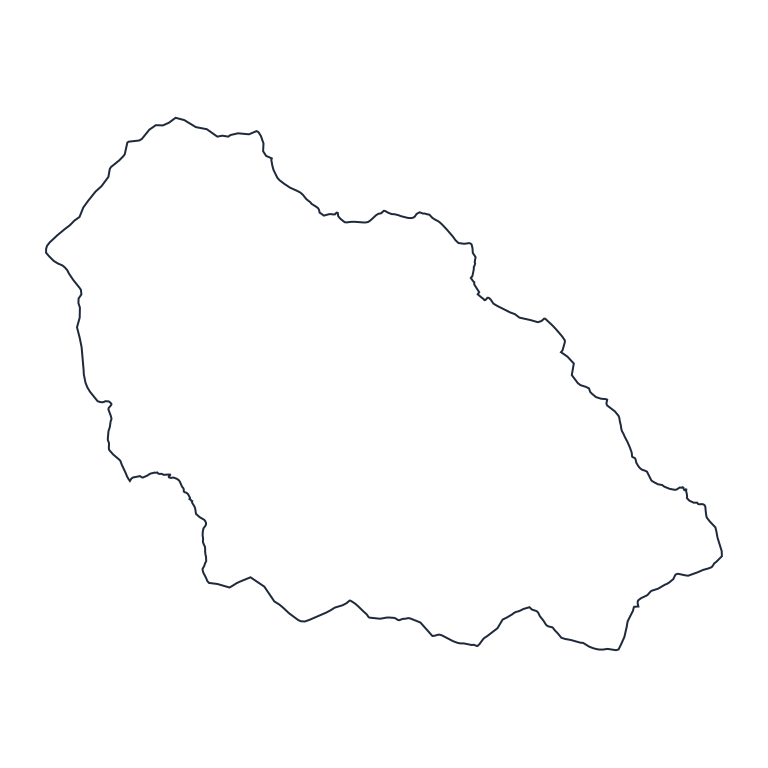 Ciuruleasa, Alba, Romania
{"feature_id": "2599482B18956388215325", "entity_name": "Ciuruleasa", "entity_type": "district", "adm_level": 2, "iso_a3": "ROU", "parent_name": "Romania", "parent_adm1": "Alba", "projection": "albers", "projection_center": [23.018, 46.247], "detail": "fine", "context": "isolated", "style": "outline", "palette": "slate", "viewbox_px": 768, "rotation_deg": 0, "n_neighbors": 0, "source": "geoboundaries", "source_scale": "gbopen_adm2", "svg_char_len": 6079}
<svg xmlns="http://www.w3.org/2000/svg" viewBox="0 0 768 768"><path d="M721.9,556.2L721.7,551.1L717.5,537.6L716.4,531.5L715.4,527.4L709.8,521.5L706.8,517.6L706.3,515.8L705.8,512.0L705.3,506.6L704.5,505.1L703.4,504.4L702.0,504.1L699.1,504.3L698.0,503.9L697.2,502.7L693.7,502.7L689.4,500.7L686.9,498.1L687.1,497.1L686.9,494.5L686.1,490.9L686.3,489.5L685.8,489.3L685.0,490.1L684.4,490.2L683.4,488.4L683.4,487.7L682.6,487.2L681.6,487.7L679.7,487.5L677.0,489.3L676.0,489.7L674.6,489.8L669.5,488.8L664.2,486.6L662.1,485.0L658.1,484.3L653.6,482.0L651.4,480.5L647.0,471.7L645.0,470.7L641.8,469.6L639.7,467.9L637.9,465.5L636.3,462.7L635.6,459.5L635.0,458.2L632.5,457.0L632.1,456.6L631.7,452.6L630.0,447.8L627.5,442.0L624.6,436.5L623.8,434.5L621.9,431.0L621.3,428.8L620.7,424.7L620.0,422.1L619.2,417.5L618.5,415.8L614.9,411.4L607.2,405.5L606.6,404.3L606.4,403.5L607.2,399.7L606.3,399.2L601.0,398.7L596.0,397.1L592.1,393.9L590.2,391.9L589.0,388.4L586.0,386.9L580.4,385.1L577.8,383.1L571.8,375.1L573.8,363.5L567.4,356.6L561.0,352.2L562.5,350.4L564.8,342.4L564.9,340.5L562.3,336.6L555.7,328.9L552.4,325.4L545.3,318.8L544.2,318.6L541.5,321.0L537.9,322.2L530.6,320.1L519.4,317.6L515.0,314.2L509.9,312.3L497.2,305.9L493.7,303.8L492.6,302.5L490.9,299.8L489.4,298.3L488.5,297.8L487.4,297.8L485.8,299.7L484.7,300.2L484.1,299.8L483.5,298.9L481.9,297.8L477.7,294.3L479.2,292.2L474.4,284.7L474.2,283.8L474.3,282.2L473.3,281.4L470.8,278.0L471.6,276.8L472.2,276.6L472.7,274.7L473.8,269.2L473.8,267.0L474.7,265.2L475.1,263.3L474.7,262.0L475.6,257.2L472.8,252.9L472.5,248.2L471.6,244.5L470.7,243.6L469.2,243.1L464.2,243.8L458.4,243.0L455.3,240.0L453.0,236.7L446.9,229.6L442.1,224.5L439.8,222.4L437.9,221.0L435.9,220.1L432.4,217.9L429.3,214.6L428.1,214.5L424.4,213.5L422.8,213.5L419.6,212.3L417.0,213.7L416.1,214.6L414.8,216.6L413.3,217.6L411.7,218.0L410.2,218.1L407.8,217.9L400.7,216.1L398.8,215.3L396.6,214.7L394.2,214.2L391.7,214.1L387.9,212.6L385.2,211.0L383.8,210.8L381.1,213.3L378.3,213.8L376.1,215.2L370.8,220.1L368.3,221.9L366.2,222.4L363.8,222.5L354.9,221.8L351.5,221.8L346.7,222.4L344.7,222.2L340.9,219.2L339.4,217.7L338.1,215.9L337.8,213.0L336.8,212.6L335.8,213.3L335.1,214.3L333.3,214.5L331.1,214.1L329.0,214.2L323.9,215.6L319.5,212.5L319.4,211.2L318.8,209.4L318.0,208.1L316.4,206.9L311.5,203.8L310.5,202.4L306.3,199.1L302.9,194.8L300.4,192.6L297.6,191.1L290.1,187.7L284.1,183.7L279.5,180.2L277.3,177.7L273.5,169.9L272.3,165.5L271.3,159.9L271.8,158.4L266.1,155.9L263.1,151.2L263.5,143.5L260.9,136.0L258.5,132.2L256.5,131.1L249.0,134.3L238.0,133.3L230.6,135.0L228.2,136.6L222.4,135.7L217.3,136.6L206.8,129.2L195.8,127.1L184.3,120.1L175.6,117.8L168.8,122.8L162.9,125.4L155.8,125.2L149.3,129.7L142.0,138.8L139.2,140.5L128.5,141.7L127.3,142.7L124.8,154.1L123.8,155.7L119.1,160.5L111.0,167.0L109.8,168.9L108.4,176.9L101.5,186.2L95.6,191.5L88.0,201.0L83.3,207.5L79.5,217.0L74.4,220.6L69.8,225.3L64.9,229.0L57.4,235.2L49.7,242.4L47.0,245.9L46.1,248.9L46.1,252.8L49.3,256.5L53.7,260.9L57.9,263.5L62.2,265.3L64.6,267.2L67.2,270.1L68.8,273.3L73.2,279.9L79.6,287.9L80.9,289.8L81.4,294.4L78.6,298.5L78.4,303.0L79.9,307.6L79.7,317.6L77.0,327.3L79.7,337.8L81.6,347.2L83.6,369.9L83.8,374.3L85.5,382.7L87.4,387.5L90.1,391.9L97.6,401.2L100.0,402.0L102.2,402.3L104.1,401.9L105.3,401.2L108.6,401.4L109.7,402.0L111.3,403.7L111.4,404.6L110.8,405.5L108.8,407.8L108.5,408.6L108.5,409.7L110.6,415.3L111.5,418.5L111.2,420.0L110.7,421.0L109.8,427.1L108.5,431.1L107.8,438.7L107.9,440.3L108.9,442.7L109.0,445.1L108.8,447.6L109.0,449.5L109.9,450.8L113.1,454.4L119.2,459.6L120.4,460.9L121.9,465.0L126.0,473.7L127.0,476.4L128.5,479.0L129.9,481.0L131.3,478.7L132.9,477.5L140.0,476.1L141.9,477.4L142.9,477.5L147.5,475.5L149.8,473.9L150.9,473.5L154.5,472.6L155.7,472.8L157.3,472.5L158.3,473.6L158.9,473.9L161.8,473.9L163.6,474.8L169.9,474.5L170.2,475.0L168.8,476.5L168.8,477.1L169.2,477.5L171.1,477.9L172.9,477.6L174.0,477.7L177.0,478.9L179.0,480.4L179.9,481.8L182.0,486.6L183.4,488.3L183.7,489.2L183.8,491.5L184.4,492.1L186.5,492.8L188.0,494.1L190.0,497.8L190.1,498.8L189.6,499.1L192.2,501.1L191.8,501.6L192.3,503.0L194.4,506.4L195.2,508.6L196.0,513.9L199.6,517.1L204.2,519.8L205.3,521.2L206.0,522.9L206.0,524.7L204.9,526.5L203.5,528.3L202.8,531.6L202.6,535.3L203.1,538.6L202.9,542.1L203.6,543.7L203.8,544.5L204.9,546.6L205.2,549.3L205.1,551.4L205.5,554.9L206.0,556.4L206.2,561.1L205.1,563.2L204.2,566.0L202.6,568.8L202.6,569.7L202.9,571.3L203.4,572.8L206.0,577.8L207.3,581.0L208.9,582.9L217.4,584.0L229.5,587.5L232.5,585.8L236.4,583.3L239.5,581.8L250.5,577.3L264.3,586.6L274.3,601.4L279.4,604.6L282.9,607.5L289.2,613.4L298.0,619.9L300.6,621.2L304.8,621.5L309.8,619.7L326.2,612.6L330.4,610.4L334.8,607.6L342.5,605.3L346.5,603.2L349.6,600.6L350.5,600.7L352.2,601.7L355.1,603.6L358.2,606.3L363.4,611.4L366.5,614.1L368.6,617.1L369.4,617.6L379.5,618.7L381.2,618.6L386.3,617.6L388.7,617.5L391.6,617.7L394.2,617.9L395.7,618.5L398.0,620.0L399.3,620.2L402.6,618.9L405.5,618.7L408.2,618.1L410.1,618.4L420.4,622.5L432.4,636.0L434.8,635.7L438.6,634.6L440.0,634.8L442.0,635.4L453.1,641.2L458.0,643.0L460.5,643.4L463.8,643.4L471.7,645.0L473.9,644.8L476.3,645.8L477.5,646.0L479.4,644.2L483.1,639.2L484.3,638.0L487.2,636.1L497.5,628.2L502.6,619.6L506.9,617.5L512.3,614.3L513.6,613.2L515.8,612.0L519.2,611.1L523.4,609.0L529.5,607.2L531.8,609.5L536.3,611.0L537.2,611.6L538.3,612.9L539.9,616.2L543.4,620.6L546.0,624.7L547.1,625.7L548.4,626.4L552.3,627.3L553.1,628.0L554.5,630.0L557.6,633.2L561.3,637.7L564.9,638.9L570.9,640.0L580.5,642.7L583.1,642.9L589.1,646.6L593.2,648.2L595.8,648.9L598.6,649.5L602.5,649.6L607.7,648.9L616.1,650.2L618.6,649.4L621.3,643.9L624.4,636.9L626.8,626.4L627.2,623.6L627.7,621.2L633.0,610.7L633.8,607.4L634.1,606.8L638.4,606.5L637.7,603.7L637.7,602.3L637.8,601.1L638.6,600.0L641.2,598.1L646.5,595.6L647.5,595.0L650.4,591.7L651.5,590.8L658.1,588.7L664.9,584.7L666.9,583.9L669.2,582.5L673.3,579.1L675.2,575.1L676.0,574.4L677.5,573.8L678.6,573.9L685.6,575.4L688.2,575.7L697.9,572.2L703.1,569.9L708.2,568.5L711.6,567.2L712.6,566.0L714.3,563.3L716.1,562.0L721.9,556.2Z" fill="none" stroke="#1e293b" stroke-width="2"/></svg>